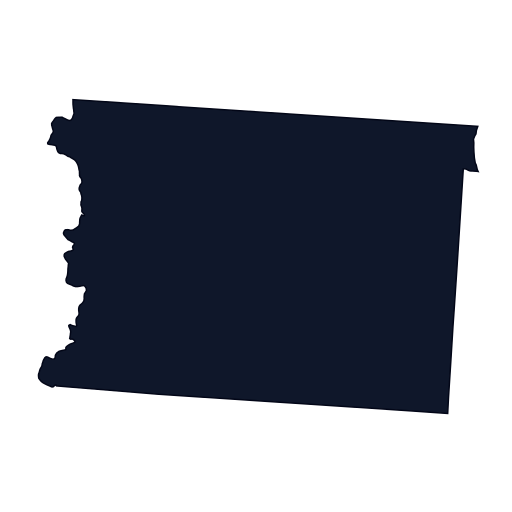 the district of Anlong Veaeng, Siemréab, Cambodia, rotated 274°
{"feature_id": "14789045B31734581894199", "entity_name": "Anlong Veaeng", "entity_type": "district", "adm_level": 2, "iso_a3": "KHM", "parent_name": "Cambodia", "parent_adm1": "Siemréab", "projection": "natural_earth1", "projection_center": [103.997, 14.166], "detail": "fine", "context": "isolated", "style": "filled", "palette": "ink", "viewbox_px": 512, "rotation_deg": 274, "n_neighbors": 0, "source": "geoboundaries", "source_scale": "gbopen_adm2", "svg_char_len": 4161}
<svg xmlns="http://www.w3.org/2000/svg" viewBox="0 0 512 512"><g transform="rotate(274 256 256)"><path d="M400.8,468.2L400.6,422.1L399.5,168.8L399.6,166.5L399.6,154.3L399.2,62.5L398.2,62.6L396.6,62.7L394.4,62.9L392.7,63.2L390.4,63.6L389.3,63.9L387.4,64.2L385.7,64.6L384.5,64.3L382.9,63.8L380.8,63.3L379.2,62.4L378.4,61.5L378.1,60.1L378.7,58.1L379.5,56.3L380.4,53.9L380.9,53.0L380.8,51.6L380.6,49.2L380.3,47.1L379.3,46.1L378.3,45.4L376.6,44.5L375.0,43.4L373.9,42.9L372.1,43.1L371.1,43.5L368.9,44.2L367.7,44.7L366.5,45.1L365.4,45.0L364.8,44.8L363.8,44.2L362.6,43.4L361.8,43.1L360.4,42.9L359.2,42.6L358.4,42.3L356.2,41.4L355.5,40.9L354.5,40.3L353.4,40.4L353.1,41.2L352.9,42.3L352.8,44.5L352.6,46.0L352.5,47.4L351.9,48.8L350.7,49.4L349.1,49.8L348.3,50.1L346.4,51.0L345.4,51.8L344.6,53.6L344.7,54.9L344.6,56.8L344.1,58.1L343.6,59.3L343.2,60.0L342.3,61.5L342.0,63.0L341.8,63.6L341.2,64.5L340.7,65.6L339.3,68.3L338.1,69.6L337.4,70.2L335.9,71.2L334.9,71.8L333.3,72.5L331.3,73.1L330.0,73.4L328.2,74.0L326.6,74.1L325.1,74.3L324.1,74.3L322.9,74.8L322.5,75.1L321.8,75.8L320.9,76.5L320.2,76.7L318.8,77.1L318.0,77.2L316.9,77.2L315.4,76.4L314.6,75.7L313.2,75.3L311.7,74.9L310.4,74.9L309.4,75.2L308.5,75.8L307.5,76.6L306.8,77.0L306.0,77.0L305.5,77.2L305.1,77.5L304.1,77.8L303.0,78.1L301.7,78.3L299.8,78.3L299.0,78.2L297.8,77.7L296.3,77.8L294.7,77.8L293.8,78.2L292.7,78.7L291.1,79.1L290.4,79.1L289.3,79.1L288.3,79.2L287.3,79.9L286.6,80.8L285.9,81.5L285.1,81.9L284.3,82.0L284.1,81.4L284.2,80.7L284.8,79.4L284.1,79.0L282.9,78.5L281.8,78.0L280.5,77.7L278.9,77.7L277.2,77.7L275.9,77.8L274.8,77.5L273.7,77.2L273.0,76.6L272.6,76.1L271.5,74.9L270.7,73.7L269.9,72.7L269.2,71.7L268.9,70.5L268.7,69.0L268.9,68.0L269.1,67.4L269.1,66.4L269.0,65.2L268.8,64.1L268.2,63.3L267.3,62.9L265.9,62.4L265.0,62.4L264.1,62.8L263.2,63.4L262.3,64.4L261.3,65.3L260.3,66.3L259.2,67.4L258.7,68.8L258.2,69.9L257.5,71.1L256.6,73.4L256.1,73.9L255.6,73.9L255.0,73.8L254.4,73.6L253.9,73.3L253.1,72.6L252.3,72.5L251.8,72.4L250.9,72.8L249.9,73.4L248.8,72.6L248.5,72.0L247.9,70.5L247.8,70.0L247.6,68.9L247.0,67.8L246.5,67.0L245.7,65.9L245.0,65.0L244.0,64.6L243.0,64.6L242.2,64.7L239.7,66.1L237.8,67.8L236.1,69.3L235.1,69.6L234.4,69.4L232.4,69.4L230.0,69.3L227.9,69.4L226.4,69.4L224.5,69.3L223.0,69.1L221.1,68.6L219.9,68.2L218.3,68.2L216.6,68.8L215.6,69.9L215.0,71.6L214.2,74.2L213.4,75.8L212.9,78.1L213.0,79.9L213.5,82.2L214.1,84.1L214.5,85.9L214.3,87.0L213.3,87.9L212.1,88.8L209.8,89.3L208.1,88.5L206.3,87.5L204.6,87.4L203.1,87.4L201.4,87.6L199.1,87.4L197.5,86.5L196.4,85.7L195.5,84.7L194.5,83.7L192.9,83.0L191.2,82.8L189.5,82.9L188.6,83.1L186.6,83.5L185.2,83.5L183.8,82.9L182.4,81.8L181.5,81.3L180.4,81.0L179.1,81.0L177.1,81.2L175.5,81.6L174.1,82.1L173.1,81.4L173.3,80.7L173.4,79.8L173.6,78.4L173.9,77.1L174.3,76.1L174.6,75.4L173.7,74.1L173.0,74.2L172.3,74.4L171.6,74.8L170.5,75.4L169.7,75.8L168.6,76.2L167.3,76.5L165.8,76.3L164.6,76.3L163.4,76.2L162.9,76.1L162.0,76.1L160.7,75.9L160.1,76.7L160.2,77.5L160.3,78.9L159.7,79.9L159.2,80.5L158.3,81.3L157.5,81.4L157.0,80.8L156.4,79.7L155.8,78.3L155.2,76.9L154.4,75.7L153.8,74.9L152.3,73.2L151.2,72.7L149.5,72.9L148.8,71.5L148.3,69.5L147.7,67.6L147.2,66.2L146.0,64.8L145.3,64.0L143.6,63.1L143.0,62.8L142.1,62.8L140.7,62.7L139.6,62.3L139.1,61.5L138.9,60.2L139.4,58.2L140.1,56.4L140.6,55.3L140.8,54.1L140.7,53.5L139.7,52.4L138.8,52.0L137.8,51.5L136.5,51.0L135.3,50.8L133.6,50.3L132.3,50.2L131.5,50.1L130.1,49.6L129.1,49.0L127.9,48.5L126.2,48.1L124.9,47.9L123.3,47.4L122.1,47.3L120.5,47.5L119.0,47.8L118.1,48.5L116.4,50.0L115.3,51.4L114.7,52.4L114.0,53.9L112.9,56.5L112.3,58.3L111.7,60.0L111.2,61.2L111.2,62.2L111.5,63.0L112.3,63.7L112.8,64.1L113.1,64.6L113.4,65.4L112.5,66.0L111.3,168.8L111.8,293.2L111.9,311.4L112.3,422.2L112.3,458.2L128.4,457.9L163.2,457.7L199.9,457.4L220.4,457.4L255.9,457.3L292.6,457.1L357.4,456.7L357.5,457.6L357.5,458.5L357.3,459.8L356.8,460.8L356.3,462.0L355.9,463.3L355.8,464.4L355.9,465.9L355.9,467.9L355.9,469.3L355.9,470.9L355.8,471.7L357.6,470.7L362.2,469.3L364.1,468.2L369.1,467.0L375.2,466.1L379.8,465.6L384.0,465.4L387.8,464.8L391.2,465.9L393.1,466.9L396.7,467.1L400.8,468.2Z" fill="#0f172a" stroke="#020617" stroke-width="1.5"/></g></svg>